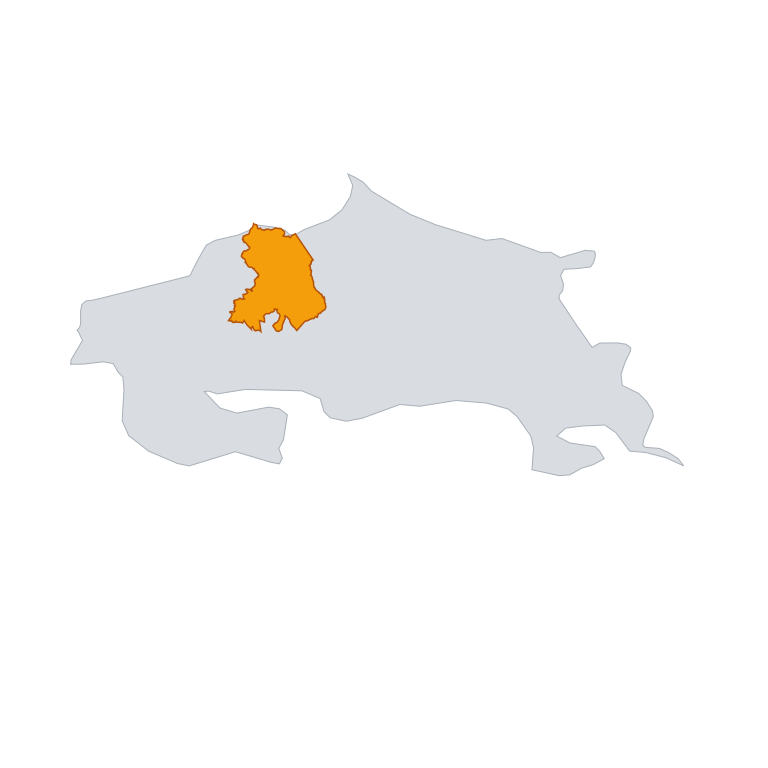 location of San Carlos, Alajuela, Costa Rica, rotated 326°
{"feature_id": "36466004B93009353653886", "entity_name": "San Carlos", "entity_type": "district", "adm_level": 2, "iso_a3": "CRI", "parent_name": "Costa Rica", "parent_adm1": "Alajuela", "projection": "orthographic", "projection_center": [-84.486, 10.62], "detail": "fine", "context": "in_parent", "style": "filled", "palette": "amber", "viewbox_px": 768, "rotation_deg": 326, "n_neighbors": 0, "source": "geoboundaries", "source_scale": "gbopen_adm2", "svg_char_len": 7793}
<svg xmlns="http://www.w3.org/2000/svg" viewBox="0 0 768 768"><g transform="rotate(326 384 384)"><path d="M632.8,391.7L631.9,394.5L629.4,397.4L625.7,400.4L620.8,402.5L609.0,396.5L597.4,389.6L591.0,392.8L588.6,401.8L584.4,406.4L579.0,408.3L576.8,411.3L576.5,441.5L577.0,470.1L585.8,470.7L600.5,480.5L606.8,486.3L608.8,491.7L607.0,494.3L596.3,500.6L585.9,508.5L580.7,518.4L589.9,534.2L591.9,544.9L591.6,556.2L589.1,561.6L568.9,574.7L564.4,579.3L565.0,582.5L576.3,591.4L581.6,600.0L586.1,610.4L586.7,619.5L576.5,602.8L562.3,586.8L550.1,577.0L549.0,554.0L544.1,541.5L525.6,530.1L509.8,522.1L498.1,523.8L505.3,537.0L523.9,553.9L525.2,560.4L524.9,569.1L512.1,567.8L500.9,564.3L487.2,563.2L478.0,558.0L458.7,537.8L472.3,520.5L476.6,509.1L476.2,485.6L473.0,474.2L458.1,456.9L434.4,437.9L401.2,422.4L385.6,409.8L346.8,400.2L332.0,393.8L320.5,382.0L318.8,373.5L322.9,360.4L312.2,343.8L266.1,311.0L240.3,299.0L234.8,291.9L230.7,289.7L234.6,312.2L245.8,325.9L275.3,338.6L283.4,346.0L286.6,355.6L269.5,374.0L260.8,378.6L258.2,388.7L252.6,391.7L246.7,385.9L222.9,357.0L176.7,343.0L168.4,334.5L151.3,308.1L143.5,284.0L146.4,268.0L165.4,243.1L171.4,232.2L170.2,225.5L170.9,215.6L163.8,208.7L146.4,199.7L135.2,192.4L138.3,188.9L158.4,179.3L159.7,170.6L159.6,167.7L162.9,167.1L165.8,164.8L167.6,162.4L173.1,154.0L177.9,149.2L183.4,148.5L190.2,152.0L215.4,161.2L243.5,171.3L283.5,185.7L300.1,176.5L314.4,169.5L324.3,170.5L345.8,178.7L358.8,181.3L366.7,180.5L380.5,192.4L388.0,201.4L389.3,207.4L393.4,210.6L404.2,211.3L430.4,217.4L446.5,216.1L461.1,209.7L469.1,201.9L471.5,189.8L475.2,195.8L479.6,205.2L481.5,217.3L500.5,257.9L515.7,280.6L548.9,321.9L563.2,329.4L587.5,362.6L595.9,368.0L600.7,377.8L625.8,385.8L632.8,391.7Z" fill="#d9dde1" stroke="#a8b0b8" stroke-width="1"/><path d="M394.5,209.8L391.8,209.7L390.6,209.3L390.1,209.3L389.8,209.4L389.3,210.0L388.2,210.2L387.8,209.9L387.5,209.1L387.6,208.8L387.9,208.3L387.7,208.0L386.7,207.6L385.4,207.4L384.3,205.8L383.2,205.4L383.1,204.9L383.2,204.6L383.6,204.4L385.5,203.9L385.8,203.6L386.5,202.0L386.5,201.4L385.9,199.7L385.8,198.3L385.2,197.3L384.6,196.6L383.4,196.2L382.4,194.9L380.4,193.7L378.2,193.7L377.3,193.3L376.7,193.3L375.9,192.8L375.1,191.3L374.3,190.6L373.4,190.1L372.7,190.0L372.4,189.6L372.1,189.5L371.5,189.6L371.3,189.8L370.8,189.8L370.4,189.5L369.9,188.5L369.3,188.1L368.9,187.4L368.6,186.4L368.7,185.7L368.0,185.4L366.6,185.0L366.4,184.8L366.4,184.4L366.6,183.9L366.6,183.4L366.9,182.5L367.4,181.9L367.4,181.0L366.9,180.1L365.7,179.0L365.5,178.2L364.9,178.9L362.7,180.6L362.1,180.8L360.2,180.9L359.4,181.3L357.7,182.8L355.5,184.2L353.4,183.4L351.2,183.2L350.1,182.8L350.0,183.3L348.9,183.8L348.8,184.3L347.5,185.0L347.4,185.5L348.0,185.9L348.1,186.4L347.4,187.1L347.1,187.6L347.2,188.3L347.3,188.5L347.9,188.7L348.5,190.2L348.5,192.2L348.7,193.1L348.6,194.1L348.9,194.3L348.7,195.2L349.0,195.4L349.0,195.7L348.0,196.6L346.8,196.8L346.2,196.4L343.7,196.5L343.1,195.7L342.7,195.5L342.1,195.6L341.3,195.6L339.7,196.8L339.3,196.5L339.0,196.6L338.4,197.5L337.7,197.8L337.1,198.4L337.1,198.8L337.4,199.5L337.2,200.5L338.0,201.1L338.0,202.0L338.2,202.4L338.4,203.3L337.6,205.3L336.8,205.6L337.0,206.1L337.6,206.6L337.5,206.9L337.1,207.6L337.3,208.2L337.2,210.6L337.4,211.3L337.9,211.9L339.5,213.1L339.8,213.9L339.9,215.0L340.4,215.5L341.0,215.6L340.3,216.7L340.3,217.0L340.7,217.7L340.9,218.2L340.7,219.4L341.1,220.4L340.8,221.1L341.5,221.8L340.9,222.3L340.8,222.7L340.8,223.1L341.3,223.5L341.2,223.7L340.4,224.1L339.7,225.0L339.2,225.1L339.1,224.6L338.9,224.4L338.6,224.4L337.3,224.9L336.3,225.0L335.9,225.5L335.6,225.3L334.9,225.3L334.6,225.9L334.0,226.5L333.7,226.9L333.9,228.0L333.6,228.8L332.8,229.1L332.3,229.6L331.8,229.9L331.6,230.5L327.2,230.8L327.4,231.3L327.1,231.6L327.1,232.4L326.7,233.3L326.3,233.2L326.2,232.1L326.0,231.4L324.9,230.0L323.4,228.6L322.3,228.4L322.0,228.4L322.0,229.7L322.4,230.2L322.1,230.7L322.2,232.1L320.8,232.1L320.3,231.9L319.9,232.1L319.3,232.1L319.1,232.1L318.8,231.7L318.2,231.5L317.4,231.0L317.1,231.0L317.0,231.8L315.7,233.7L315.8,235.3L315.6,235.2L314.9,235.1L314.6,234.9L314.3,234.4L313.3,233.9L313.1,233.6L312.8,232.5L312.4,232.4L312.1,232.1L311.8,232.0L311.0,232.4L310.3,232.5L309.8,232.1L309.4,231.8L308.6,231.8L307.8,231.5L307.1,231.0L306.3,231.0L306.6,232.0L305.2,232.1L305.3,232.8L305.0,233.1L305.4,233.2L305.3,233.6L305.4,234.1L304.8,235.0L304.0,235.1L303.7,235.5L304.1,236.2L303.6,236.4L303.4,236.9L301.9,237.6L301.4,238.1L301.3,238.7L301.1,239.1L301.2,239.6L300.6,240.0L300.7,240.4L299.3,240.2L299.0,240.0L299.0,239.1L298.3,238.9L297.7,238.3L296.5,237.9L296.3,238.1L296.3,238.5L297.2,240.7L297.1,241.1L296.7,241.6L295.5,242.2L294.8,243.0L293.7,243.4L292.6,243.5L291.8,244.0L290.5,244.5L291.4,245.2L292.1,246.1L292.4,246.2L293.2,246.1L293.2,246.5L292.9,247.1L292.9,247.8L293.0,248.2L293.2,248.5L294.1,248.7L294.2,249.3L295.0,249.6L296.3,249.1L296.4,250.0L296.7,250.7L298.0,251.4L298.4,251.9L298.8,252.0L299.3,252.7L300.3,253.1L300.8,254.4L301.3,254.3L301.6,253.9L302.2,253.8L302.5,253.6L303.1,253.7L303.5,253.3L303.5,258.7L304.6,264.3L304.8,263.7L305.4,263.2L306.4,263.2L306.6,262.8L306.9,262.7L307.3,262.9L307.4,263.4L306.7,264.6L306.8,265.4L306.6,265.8L306.6,266.2L307.1,268.0L307.3,268.2L307.9,268.1L309.2,268.9L309.8,268.9L310.5,269.5L310.6,270.1L311.2,271.1L311.3,271.6L316.2,261.7L319.5,265.8L319.8,265.3L320.7,264.3L321.0,263.7L321.0,263.1L321.8,262.4L321.9,261.8L321.8,260.8L321.9,260.5L324.2,259.9L325.8,259.8L326.2,260.1L326.7,260.6L328.0,261.2L328.5,261.6L329.1,261.4L330.7,261.4L331.7,261.7L331.9,262.1L333.6,262.1L334.8,261.6L334.7,261.0L334.9,260.7L335.2,260.9L335.6,260.8L335.9,261.5L337.3,262.3L337.4,262.6L337.2,262.8L336.3,263.1L335.7,264.5L335.6,265.8L336.4,267.0L336.4,267.8L336.2,268.7L335.7,269.6L334.0,270.7L333.2,271.6L333.1,271.9L332.5,272.2L331.5,272.4L330.3,272.8L329.7,273.2L329.3,273.2L328.8,272.9L327.0,272.6L325.7,273.4L324.5,273.4L324.4,273.8L324.3,275.5L324.6,277.0L324.3,278.1L324.4,279.4L324.7,280.2L325.5,281.1L326.1,281.5L329.7,281.7L331.1,280.4L332.2,278.7L333.2,278.1L333.6,277.7L335.7,276.4L337.1,275.2L338.0,274.9L338.6,274.4L339.3,273.7L339.7,272.1L339.8,271.9L340.1,272.0L340.4,272.9L341.3,274.6L341.2,276.3L341.6,276.8L341.5,278.2L340.7,280.1L340.5,284.1L340.9,285.1L340.8,285.6L341.6,288.5L341.4,289.1L341.6,290.9L352.6,288.0L353.8,287.8L354.9,288.1L355.0,288.5L356.0,288.8L356.7,288.7L357.0,288.9L358.0,289.0L359.0,288.9L359.4,289.3L361.0,289.3L361.6,289.9L361.9,290.4L363.1,290.4L364.3,289.9L364.7,290.0L365.3,289.9L365.3,290.5L365.8,291.4L366.6,291.1L366.8,290.7L367.2,290.5L367.8,289.7L368.9,289.4L369.1,288.9L369.8,289.3L370.2,289.3L370.5,289.6L371.2,289.8L371.6,289.7L372.0,289.4L372.9,289.2L374.7,289.1L375.0,289.3L375.3,289.3L376.7,289.1L378.3,288.2L378.8,287.7L379.2,287.1L379.6,285.8L380.3,284.9L380.4,284.5L380.3,284.1L380.4,283.8L380.4,283.0L381.5,281.9L381.4,281.5L382.1,280.6L382.1,280.1L382.4,280.1L382.4,279.9L382.1,279.8L382.0,279.4L382.4,279.4L382.3,279.0L382.8,278.8L383.0,278.3L382.2,278.3L381.7,277.5L381.8,277.0L382.2,276.4L382.2,275.4L382.4,275.2L382.4,274.9L382.0,274.8L381.9,274.4L381.9,273.9L381.6,273.4L381.4,272.3L381.1,272.1L381.3,271.5L380.8,270.4L380.8,269.7L380.1,268.0L380.1,267.3L380.4,266.5L380.4,265.7L380.0,265.1L380.0,264.8L380.3,264.6L380.3,264.1L380.9,263.1L381.0,262.3L381.7,261.6L382.0,260.8L382.7,260.1L382.7,259.2L383.2,258.2L383.2,257.4L384.2,255.1L384.3,253.9L384.0,253.1L384.3,253.1L384.5,252.5L384.9,252.3L385.6,251.3L387.2,249.6L387.4,249.1L386.9,248.9L386.8,248.7L387.0,248.4L387.1,247.7L387.3,247.4L387.5,247.0L387.9,246.7L388.4,245.6L388.3,245.0L388.3,244.0L389.0,244.2L389.9,243.9L389.8,243.7L390.0,243.6L390.8,243.6L391.0,242.9L391.5,242.9L391.9,242.0L392.8,241.4L393.2,241.3L393.1,241.7L393.3,241.8L394.0,241.8L394.6,241.6L394.5,209.8Z" fill="#f59e0b" stroke="#b45309" stroke-width="1.5"/></g></svg>